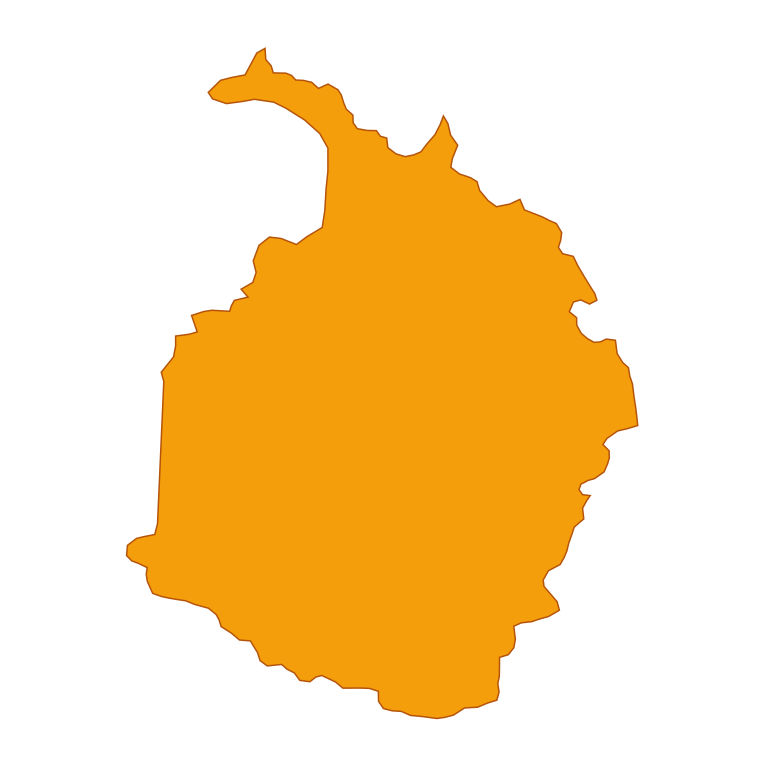 Petrolina de Goiás, Goiás, Brazil, rotated 271°
{"feature_id": "56859067B28071747683411", "entity_name": "Petrolina de Goiás", "entity_type": "district", "adm_level": 2, "iso_a3": "BRA", "parent_name": "Brazil", "parent_adm1": "Goiás", "projection": "mercator", "projection_center": [-49.296, -16.111], "detail": "fine", "context": "isolated", "style": "filled", "palette": "amber", "viewbox_px": 768, "rotation_deg": 271, "n_neighbors": 0, "source": "geoboundaries", "source_scale": "gbopen_adm2", "svg_char_len": 2736}
<svg xmlns="http://www.w3.org/2000/svg" viewBox="0 0 768 768"><g transform="rotate(271 384 384)"><path d="M653.0,438.7L644.3,435.6L634.3,430.7L624.6,422.6L616.8,416.9L613.6,409.9L611.7,401.2L614.3,392.0L620.4,383.7L630.0,382.4L631.6,376.1L637.2,371.9L637.2,362.9L638.8,352.9L644.6,348.6L652.3,348.2L658.1,341.5L664.1,338.9L672.3,336.2L677.4,332.8L682.9,322.8L678.4,313.3L684.4,306.4L686.1,298.3L686.4,290.4L690.9,286.2L693.1,280.3L693.1,267.9L700.2,265.6L706.4,260.1L717.5,259.2L712.8,251.1L690.6,239.7L687.9,226.7L684.8,215.3L672.5,203.2L666.1,207.6L661.6,221.6L664.1,238.0L666.4,249.5L663.9,268.8L658.1,281.0L646.6,300.0L633.3,315.4L618.9,323.8L596.0,324.2L578.2,322.7L556.4,321.8L539.4,319.5L530.0,304.4L521.9,294.0L527.7,278.6L528.9,266.9L520.4,256.6L504.9,251.1L493.3,254.2L483.3,251.1L476.3,239.5L468.5,246.5L465.0,232.9L459.6,230.1L454.0,228.4L454.7,210.6L453.3,202.5L449.2,190.4L432.8,196.3L430.3,188.2L428.3,174.8L418.4,175.0L407.4,173.1L391.9,161.1L382.6,163.8L240.4,160.0L229.5,157.4L227.1,146.3L225.3,139.3L218.2,130.3L208.0,129.6L202.8,134.8L200.2,142.0L196.3,150.4L189.5,149.6L182.5,150.8L170.6,156.4L167.7,165.1L166.1,173.1L164.8,181.8L163.8,189.5L160.3,198.5L156.8,212.3L150.5,220.3L145.1,223.3L138.6,225.4L132.3,235.7L125.5,244.0L124.8,254.9L113.3,262.2L105.3,264.9L100.1,272.2L101.8,286.6L97.1,292.1L93.6,299.4L86.2,305.0L85.0,315.1L89.7,320.8L91.5,326.8L85.3,340.6L79.2,348.2L79.6,365.7L79.4,374.7L76.7,383.7L66.6,384.1L59.5,389.1L57.4,397.9L57.0,406.9L53.1,416.3L52.1,429.0L50.5,442.7L51.7,450.4L54.1,459.1L61.5,470.2L62.5,483.3L66.9,493.3L69.8,502.3L77.9,504.4L86.6,503.0L93.6,504.4L101.4,504.4L112.7,504.3L115.5,513.0L122.6,518.4L131.0,519.8L144.1,518.0L147.6,525.4L149.0,536.1L151.5,542.8L154.4,552.6L160.9,563.3L169.3,560.9L178.2,553.0L184.4,547.5L190.8,546.6L200.2,551.7L206.6,563.3L213.6,567.1L220.1,569.7L227.8,571.4L237.4,574.6L244.2,576.7L248.5,581.4L252.6,586.1L263.3,584.7L270.9,588.7L276.0,592.1L276.8,584.4L281.8,580.8L287.3,582.7L291.2,589.8L293.1,596.2L300.0,605.6L308.0,608.9L314.0,610.6L321.2,610.2L327.3,603.9L333.5,607.9L341.1,618.3L343.6,628.1L346.9,638.4L357.5,637.1L365.2,636.0L375.0,634.3L388.4,632.4L396.2,629.6L404.6,628.1L409.6,622.3L418.4,616.6L431.8,614.6L432.8,605.5L429.9,599.6L429.3,593.4L432.8,586.8L438.0,580.4L446.1,575.7L453.7,575.4L459.5,568.0L469.3,572.0L471.5,579.3L467.5,588.1L471.5,595.4L478.2,593.1L483.7,589.4L495.2,582.1L504.9,576.1L514.9,571.0L517.4,560.3L523.6,556.0L531.0,558.2L538.4,559.0L547.4,553.5L550.6,545.9L553.5,540.2L560.5,521.4L571.0,516.7L566.1,506.6L563.2,493.3L569.2,484.8L579.2,476.2L587.9,473.5L591.8,466.8L595.3,455.8L601.8,447.0L610.5,448.4L624.0,453.5L633.9,446.3L645.6,443.3L653.0,438.7Z" fill="#f59e0b" stroke="#b45309" stroke-width="1.5"/></g></svg>